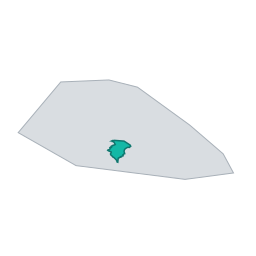 Errard, Praslin, Saint Lucia shown in context, rotated 95°
{"feature_id": "8701671B19150990882958", "entity_name": "Errard", "entity_type": "district", "adm_level": 2, "iso_a3": "LCA", "parent_name": "Saint Lucia", "parent_adm1": "Praslin", "projection": "natural_earth1", "projection_center": [-60.937, 13.893], "detail": "fine", "context": "in_parent", "style": "filled", "palette": "teal", "viewbox_px": 256, "rotation_deg": 95, "n_neighbors": 0, "source": "geoboundaries", "source_scale": "gbopen_adm2", "svg_char_len": 2301}
<svg xmlns="http://www.w3.org/2000/svg" viewBox="0 0 256 256"><g transform="rotate(95 128 128)"><path d="M170.0,176.5L142.2,237.0L88.0,199.0L81.8,151.2L86.5,122.1L119.7,66.8L145.5,30.9L163.6,19.0L174.2,66.7L170.0,176.5Z" fill="#d9dde1" stroke="#a8b0b8" stroke-width="1"/><path d="M152.4,145.6L153.3,142.7L153.5,142.7L154.0,142.6L155.4,143.2L155.9,143.0L156.6,142.5L157.0,141.9L157.3,141.4L158.3,140.5L158.6,139.5L159.7,138.2L159.9,137.9L160.3,137.5L160.4,137.3L161.2,136.5L161.4,136.5L161.5,136.5L161.6,136.4L161.8,136.4L162.0,136.1L162.3,135.9L162.5,135.9L162.8,135.9L163.0,135.2L158.9,135.1L158.7,134.9L158.8,134.7L158.7,134.6L158.5,134.2L158.4,134.1L158.3,133.9L158.2,133.8L158.1,133.7L157.9,133.6L157.9,133.4L157.8,133.2L157.7,133.0L157.7,132.9L157.3,132.8L157.2,132.8L157.2,132.7L157.2,132.4L157.1,132.2L157.2,131.9L156.9,131.8L156.9,131.7L156.7,131.6L156.5,131.4L156.4,131.2L156.2,130.9L156.2,130.7L155.8,130.8L155.7,130.8L155.4,130.8L155.4,130.7L155.3,130.4L155.2,130.4L155.2,130.2L154.9,130.1L154.7,130.0L154.3,129.9L154.2,129.9L154.0,129.7L153.9,129.6L153.7,129.4L153.7,129.1L153.1,129.3L151.8,129.9L150.2,129.7L149.1,129.1L148.0,127.8L147.3,126.7L147.3,126.2L147.2,125.7L147.2,125.2L147.2,124.7L146.3,124.3L145.9,123.7L144.8,124.4L141.4,130.8L141.5,140.4L141.8,141.7L141.8,142.3L142.3,143.1L142.3,142.9L142.3,142.7L142.4,142.4L142.5,142.4L142.4,142.2L142.5,142.0L142.6,141.9L142.8,141.8L142.9,141.6L143.1,141.5L143.1,141.4L143.2,141.1L143.2,140.9L143.3,140.9L143.4,140.7L143.5,140.5L145.6,139.3L145.7,139.5L145.8,139.8L146.0,139.9L146.0,140.1L146.1,140.3L146.2,140.5L146.3,140.8L146.5,140.9L146.6,141.0L146.7,141.3L146.6,141.5L146.7,141.8L146.8,141.8L147.0,141.9L147.1,142.0L147.2,142.3L147.3,142.4L147.3,142.5L147.4,142.8L147.5,142.8L147.6,143.0L147.8,143.0L148.0,143.1L148.1,142.9L148.2,142.7L148.3,142.7L148.3,142.8L148.5,142.7L148.7,142.8L148.7,143.1L148.7,143.3L148.8,143.4L149.0,143.4L149.0,143.5L148.9,143.8L148.8,144.0L149.0,144.2L149.1,144.3L149.3,144.4L149.5,144.2L149.8,144.1L150.0,144.0L150.3,144.1L150.5,144.1L150.7,144.3L150.8,144.4L150.9,144.5L151.0,144.6L151.1,144.8L151.2,145.0L151.3,145.1L151.4,145.3L151.5,145.5L151.5,145.8L151.8,145.8L151.8,146.0L152.0,146.2L152.2,145.9L152.2,145.7L152.3,145.7L152.4,145.6Z" fill="#14b8a6" stroke="#0f766e" stroke-width="1.5"/></g></svg>